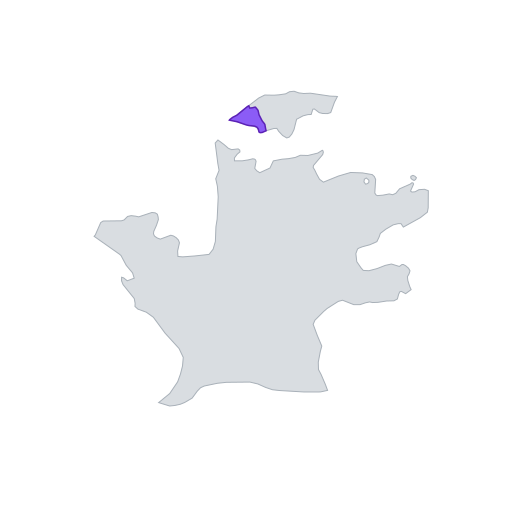 Ordubad highlighted on a map of Azerbaijan, rotated 129°
{"feature_id": "AZE-2418", "entity_name": "Ordubad", "entity_type": "District", "adm_level": 1, "iso_a3": "AZE", "parent_name": "Azerbaijan", "parent_adm1": "", "projection": "albers", "projection_center": [45.885, 39.078], "detail": "fine", "context": "in_parent", "style": "filled", "palette": "violet", "viewbox_px": 512, "rotation_deg": 129, "n_neighbors": 0, "source": "natural_earth", "source_scale": "10m", "svg_char_len": 3840}
<svg xmlns="http://www.w3.org/2000/svg" viewBox="0 0 512 512"><g transform="rotate(129 256 256)"><path d="M342.6,394.2L340.8,394.1L327.8,397.7L325.0,396.8L313.3,382.7L311.0,381.2L306.1,380.7L303.2,378.4L300.8,374.6L299.4,371.8L287.7,364.3L285.9,361.5L285.6,359.0L287.2,356.7L289.1,354.8L294.7,352.7L301.3,350.9L303.3,349.6L304.4,347.5L304.2,344.2L303.1,341.0L293.5,335.3L292.4,332.8L292.0,329.6L292.4,326.4L293.9,323.8L301.4,320.1L305.5,316.4L302.8,312.4L294.3,303.4L284.3,293.5L277.7,293.6L270.3,296.7L258.4,305.6L251.8,309.4L243.2,315.7L233.8,322.6L226.1,329.9L221.3,335.9L212.7,338.6L208.3,343.7L193.9,358.8L189.8,358.6L189.5,351.2L189.7,345.3L188.7,341.9L184.0,337.3L183.9,335.3L185.2,334.0L188.8,334.7L193.4,334.5L195.6,332.6L190.6,326.5L186.2,322.5L182.5,319.7L181.6,318.1L181.6,316.9L182.4,315.5L188.7,312.1L189.3,309.0L188.9,305.5L178.8,300.5L171.2,302.4L164.4,296.7L160.1,292.2L154.7,287.5L149.8,284.9L145.2,278.9L137.2,272.8L132.1,271.0L132.1,270.1L133.1,268.9L135.2,268.0L149.5,268.3L151.3,267.2L152.2,264.5L154.1,260.6L156.4,254.9L156.2,250.1L141.9,242.2L131.5,235.0L124.4,225.5L119.6,216.9L119.8,214.0L121.2,211.2L132.3,203.3L133.0,201.2L132.8,199.8L128.9,195.7L123.9,191.5L122.4,188.4L119.3,186.8L113.4,186.7L103.1,181.4L100.9,180.9L100.4,179.9L100.9,178.8L108.3,176.8L108.2,175.1L106.0,172.8L101.9,171.1L98.1,167.0L96.8,163.2L110.2,152.5L114.1,150.4L122.8,152.4L140.8,159.7L139.6,163.7L141.4,165.9L145.5,169.0L153.5,172.0L160.2,173.6L163.7,172.3L168.8,171.1L175.6,174.6L181.8,179.1L184.9,180.9L186.6,181.5L191.3,179.9L197.0,174.1L199.1,167.0L199.7,163.6L196.4,159.0L189.6,154.0L181.9,149.6L177.0,145.7L173.9,138.0L170.7,137.2L169.9,136.2L169.4,133.5L169.5,129.8L170.6,127.0L173.7,125.8L176.8,125.3L179.5,122.6L183.0,117.3L184.5,114.3L191.1,116.0L192.0,120.7L193.2,121.7L195.9,121.1L200.4,119.1L204.0,120.6L208.8,126.2L215.3,132.1L218.8,136.1L220.2,138.8L223.5,141.5L228.4,144.6L232.3,149.5L235.9,160.9L239.5,163.5L252.0,167.7L256.4,168.5L268.8,169.8L273.1,168.6L279.1,158.5L284.6,148.2L289.8,145.9L299.3,140.8L304.9,136.0L307.1,130.9L312.2,121.2L315.4,115.8L321.1,120.4L331.3,132.9L345.9,153.3L349.6,159.1L352.1,165.9L354.3,174.1L357.8,181.4L372.7,199.4L379.2,205.9L389.6,214.4L393.3,216.2L398.0,216.6L406.6,216.2L414.8,219.3L418.8,221.5L423.1,224.9L426.9,228.7L431.2,239.4L417.1,236.5L403.1,237.7L395.3,240.4L387.7,243.9L380.6,248.7L376.3,257.6L373.2,278.0L368.2,297.2L368.7,305.9L371.6,314.3L371.4,318.3L368.9,320.1L365.7,323.8L361.9,341.3L359.9,344.9L357.1,347.1L356.3,345.1L356.3,340.5L349.9,336.7L346.8,341.3L344.9,351.0L340.6,361.2L340.5,363.1L342.6,394.2ZM130.5,218.7L131.2,216.0L129.4,214.8L127.6,214.7L126.0,216.1L126.0,219.4L128.2,220.1L130.5,218.7ZM83.9,297.4L81.8,294.6L80.8,293.1L87.1,291.8L97.5,288.2L100.3,290.0L103.3,293.9L104.8,297.1L105.0,303.2L106.2,304.2L111.3,302.2L113.5,304.7L117.4,307.6L124.2,310.5L133.9,306.0L138.7,304.9L142.7,305.0L144.9,306.4L145.6,311.1L144.8,316.9L143.7,320.1L145.7,322.4L153.8,328.0L157.1,331.1L155.5,336.5L161.5,349.7L163.5,354.8L165.8,361.1L153.6,358.6L131.5,353.3L125.4,350.5L119.7,343.2L116.3,339.6L111.3,335.0L107.2,333.3L104.0,330.1L102.3,325.4L99.7,321.2L95.2,316.1L85.2,299.2L83.9,297.4ZM98.0,184.8L96.6,185.8L94.6,184.8L94.0,182.7L94.2,180.6L96.2,180.1L97.8,180.7L98.3,182.7L98.0,184.8Z" fill="#d9dde1" stroke="#a8b0b8" stroke-width="1"/><path d="M152.3,327.0L155.9,328.8L157.2,330.0L157.6,330.7L157.8,331.3L157.6,331.9L157.2,332.4L155.7,334.5L155.3,336.5L155.9,338.7L157.2,340.9L158.9,343.3L160.2,345.9L163.5,355.1L167.2,362.2L166.6,362.3L162.9,361.4L158.7,359.5L145.2,356.7L143.8,356.1L145.0,354.0L143.1,352.1L140.8,350.4L140.7,349.6L141.0,348.8L141.2,347.3L141.6,346.0L142.9,344.3L144.3,342.6L145.4,340.1L146.5,337.7L147.1,336.2L147.5,334.6L147.8,333.1L148.2,331.9L149.5,330.4L150.8,328.9L152.3,327.0Z" fill="#8b5cf6" stroke="#5b21b6" stroke-width="1.5"/></g></svg>